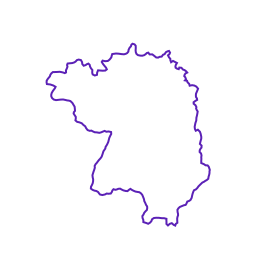 outline of Carrancas, Minas Gerais, Brazil, rotated 287°
{"feature_id": "56859067B6726149469872", "entity_name": "Carrancas", "entity_type": "district", "adm_level": 2, "iso_a3": "BRA", "parent_name": "Brazil", "parent_adm1": "Minas Gerais", "projection": "robinson", "projection_center": [-44.612, -21.476], "detail": "fine", "context": "isolated", "style": "outline", "palette": "violet", "viewbox_px": 256, "rotation_deg": 287, "n_neighbors": 0, "source": "geoboundaries", "source_scale": "gbopen_adm2", "svg_char_len": 4347}
<svg xmlns="http://www.w3.org/2000/svg" viewBox="0 0 256 256"><g transform="rotate(287 128 128)"><path d="M194.1,91.3L192.1,91.3L190.7,91.4L189.3,90.9L187.9,90.3L186.2,89.1L185.2,86.6L185.0,84.0L183.5,83.6L181.9,85.4L180.6,87.3L179.3,89.3L177.9,90.6L176.3,89.5L175.4,87.1L174.9,84.9L174.4,82.5L171.9,82.3L169.8,82.8L168.5,80.9L168.9,78.6L170.2,77.7L171.6,77.3L173.0,77.0L174.3,75.1L175.7,73.7L177.2,72.9L178.0,71.3L176.9,69.9L175.8,69.1L174.6,67.4L175.8,65.6L177.6,64.8L179.2,63.1L179.0,60.8L178.0,59.3L176.1,58.4L174.9,57.3L173.8,55.7L172.9,53.5L172.0,51.4L170.4,51.3L168.9,52.2L167.1,52.1L165.0,51.8L163.0,52.5L162.0,51.5L162.1,49.9L162.0,48.1L161.8,46.3L161.0,44.2L160.2,41.9L159.5,39.8L157.8,38.7L156.2,38.2L154.5,38.2L153.1,37.6L151.4,36.9L149.5,36.4L147.8,36.8L146.3,37.6L146.6,39.3L146.9,40.9L146.8,44.2L146.2,46.7L144.7,46.5L143.3,46.0L141.7,45.4L139.2,44.8L137.2,44.9L135.8,45.4L134.4,46.7L133.5,48.7L133.6,51.0L134.4,52.8L135.4,55.1L136.3,57.6L136.5,59.9L136.6,61.8L136.9,63.4L136.9,65.1L135.7,67.5L134.3,69.0L132.8,70.7L130.7,71.6L128.9,72.3L127.3,71.6L125.9,71.8L124.7,73.2L123.4,74.8L121.7,75.3L119.9,75.5L119.0,77.6L119.2,79.8L119.0,82.4L117.9,84.4L117.1,86.6L115.6,88.0L114.2,90.0L114.1,92.3L114.8,93.7L114.5,95.2L114.2,97.4L114.7,99.5L115.0,102.0L116.0,103.6L117.2,105.0L118.4,106.5L118.1,108.4L119.0,110.4L119.2,113.0L117.4,113.7L115.4,113.3L113.0,113.0L110.9,113.1L108.9,113.2L106.6,112.9L105.1,112.6L103.5,112.1L101.7,112.3L100.1,111.8L98.5,111.3L95.8,111.3L92.9,111.2L90.8,110.5L89.0,109.6L86.9,108.8L85.4,108.3L84.0,107.6L82.0,107.2L80.3,107.9L77.9,107.9L76.2,107.8L74.5,107.8L72.5,107.8L70.4,108.7L68.7,109.7L66.8,110.2L64.9,110.4L63.1,110.2L61.0,109.8L59.2,110.2L58.5,112.2L58.3,114.3L58.5,116.2L58.0,118.2L57.1,119.3L56.2,120.7L56.4,123.1L57.7,125.4L59.1,126.8L59.4,128.5L60.3,130.7L62.3,131.3L63.6,131.3L65.2,132.0L65.2,133.9L65.9,135.2L67.0,136.5L67.7,138.2L67.3,139.9L67.0,141.8L67.1,144.2L67.5,146.0L68.9,146.8L70.5,148.1L69.9,150.0L69.6,151.8L69.4,153.7L69.6,155.5L69.9,157.7L69.3,159.5L68.2,161.2L66.4,162.7L64.6,164.1L62.8,165.0L61.5,166.3L59.7,167.8L58.6,169.2L57.1,169.8L55.1,170.0L53.5,169.1L51.6,168.3L49.7,168.1L48.0,167.5L46.2,168.2L44.6,169.5L42.5,170.2L42.5,171.8L42.5,173.4L42.3,175.3L44.0,176.8L45.8,177.6L47.8,177.7L49.5,179.1L50.4,181.2L51.1,183.6L51.6,186.5L52.3,188.9L52.4,191.3L50.7,191.8L49.0,192.4L47.5,192.8L46.5,194.7L48.5,195.9L49.8,197.7L48.7,200.0L48.5,201.7L50.2,201.7L51.8,202.9L54.0,202.1L55.8,201.5L57.4,201.3L59.2,201.4L60.6,200.9L62.1,200.0L64.2,199.2L66.0,199.7L67.6,200.6L69.2,202.5L70.5,204.1L71.3,205.6L72.8,206.0L75.0,206.2L75.9,207.5L77.4,208.8L79.8,209.3L82.1,209.1L84.0,209.0L86.4,209.1L87.9,209.4L89.0,210.8L90.8,211.8L92.7,212.4L94.6,213.4L97.5,215.0L98.9,216.5L100.1,217.4L101.2,218.5L102.9,219.6L104.9,219.3L107.1,219.3L108.8,219.1L110.4,218.6L111.8,218.5L113.1,217.6L114.6,216.5L115.5,215.1L115.0,213.1L115.6,211.2L115.9,208.3L118.2,207.6L119.9,207.2L121.5,206.6L123.3,206.3L125.0,205.3L126.0,203.5L127.7,203.1L129.4,203.4L130.7,204.0L132.7,203.5L133.8,201.4L135.5,201.3L137.1,201.2L139.1,201.2L140.9,200.7L142.2,200.0L143.8,199.1L145.5,197.8L146.8,195.3L145.2,193.6L146.6,192.3L148.6,191.4L150.5,191.2L152.6,191.0L155.1,191.1L157.9,190.4L160.1,190.3L162.0,190.1L164.2,189.8L165.4,188.4L166.6,187.4L168.0,187.3L169.5,185.9L170.4,183.7L171.8,183.2L173.6,184.5L175.1,185.9L176.4,185.3L177.6,183.9L179.3,183.3L180.7,183.0L182.6,183.2L184.7,183.4L186.1,183.5L187.6,181.2L188.0,179.1L187.7,176.8L186.5,174.6L188.1,173.6L189.1,171.6L190.4,170.7L190.2,168.6L191.6,169.2L193.3,167.9L194.1,166.6L195.7,166.6L197.1,167.1L198.3,168.4L199.2,167.1L199.9,165.2L200.0,163.4L201.2,161.5L200.8,159.4L199.1,159.3L199.1,157.4L199.6,155.9L200.9,155.3L202.4,155.3L204.5,155.8L204.9,153.6L205.3,151.4L203.5,150.0L205.2,148.7L206.6,148.2L207.5,146.6L209.2,145.0L210.7,146.0L212.3,146.2L213.7,144.7L212.9,143.4L211.6,142.1L209.3,141.4L208.3,140.1L206.1,139.3L205.3,137.4L204.1,136.2L203.7,134.3L204.5,132.4L205.5,129.8L204.7,127.1L206.0,125.4L205.2,124.1L203.8,123.3L202.4,122.2L201.3,120.5L200.8,118.5L200.6,116.2L201.3,114.5L202.6,113.4L204.4,112.6L206.9,112.0L208.9,111.3L209.9,109.8L209.9,107.7L208.7,106.9L206.9,106.9L205.3,106.1L203.0,105.7L201.1,106.0L199.4,105.3L198.3,104.2L197.3,102.6L196.8,100.3L196.3,97.2L195.7,94.7L194.1,91.3Z" fill="none" stroke="#5b21b6" stroke-width="2"/></g></svg>